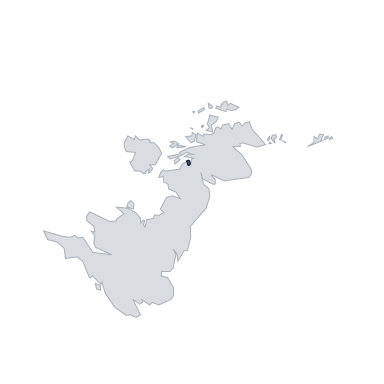 location of Inverclyde within United Kingdom, rotated 59°
{"feature_id": "GBR-2005", "entity_name": "Inverclyde", "entity_type": "Unitary District", "adm_level": 1, "iso_a3": "GBR", "parent_name": "United Kingdom", "parent_adm1": "", "projection": "albers", "projection_center": [-4.735, 55.9], "detail": "fine", "context": "in_parent", "style": "filled", "palette": "slate", "viewbox_px": 384, "rotation_deg": 59, "n_neighbors": 0, "source": "natural_earth", "source_scale": "10m", "svg_char_len": 4186}
<svg xmlns="http://www.w3.org/2000/svg" viewBox="0 0 384 384"><g transform="rotate(59 192 192)"><path d="M204.4,293.1L189.9,303.1L185.3,302.6L179.6,297.8L173.7,298.5L176.2,296.0L171.1,293.8L162.3,296.9L158.5,294.7L156.2,289.9L175.0,277.7L177.8,271.8L176.1,270.0L175.7,261.6L166.0,264.6L172.9,255.3L181.1,250.8L188.3,249.6L192.1,251.9L190.9,248.2L192.5,247.3L195.0,250.5L197.8,250.3L192.5,244.9L194.6,238.8L192.5,235.8L194.8,232.6L195.2,226.6L190.4,228.1L183.4,216.3L185.3,210.5L191.9,205.4L183.8,205.8L177.5,210.4L172.8,208.6L168.6,211.1L163.9,208.7L162.4,213.0L158.9,208.4L158.3,204.8L160.1,204.8L166.1,190.7L162.8,185.3L163.8,179.0L167.5,178.7L163.5,175.6L164.2,172.7L157.8,180.1L157.7,175.2L161.2,170.6L155.2,176.5L155.1,183.3L152.4,193.7L149.1,194.4L153.3,182.4L151.5,182.1L153.0,170.1L158.4,156.2L151.3,162.3L144.1,157.1L150.2,153.5L148.3,152.1L152.4,146.7L152.9,143.1L149.5,139.1L149.4,136.6L152.7,134.5L150.4,131.2L152.4,125.3L159.0,125.4L155.3,120.2L156.5,115.6L161.2,115.0L160.1,111.6L161.1,106.6L169.5,108.1L189.2,104.5L187.1,113.1L176.0,123.2L175.4,126.2L178.0,127.1L174.0,133.7L186.3,129.9L204.2,129.6L207.3,131.9L208.8,135.7L198.9,159.0L186.8,166.8L193.3,165.8L196.9,167.8L196.6,169.6L186.2,176.1L179.7,174.3L191.1,178.0L197.9,175.8L205.0,179.0L212.9,187.8L220.7,211.2L229.9,216.2L239.9,226.1L238.2,228.9L244.1,239.8L237.6,236.8L231.3,237.5L237.3,238.0L247.2,247.1L248.9,251.8L244.3,259.2L248.4,261.5L252.7,256.9L264.5,257.1L271.3,261.2L273.2,265.8L271.8,278.5L266.1,283.1L267.1,286.5L258.6,290.4L261.1,291.3L261.3,294.5L253.5,298.0L270.7,299.4L270.8,304.4L265.1,308.6L263.9,312.0L251.1,317.5L233.9,318.5L222.8,315.5L224.3,317.5L212.3,320.6L213.6,323.3L212.3,324.0L195.4,321.4L188.4,323.9L183.8,334.7L174.7,330.6L165.3,333.5L158.4,340.3L148.9,339.2L162.4,326.8L167.8,320.2L168.9,314.7L172.8,313.3L174.6,308.9L192.7,308.1L204.4,293.1ZM144.5,230.3L134.3,229.9L134.5,227.0L128.9,220.1L123.5,227.5L119.0,227.0L115.1,224.9L110.8,218.1L117.2,214.5L114.8,211.6L120.6,209.9L123.6,202.9L126.2,201.2L128.0,202.5L130.5,198.9L138.0,197.5L143.4,198.3L149.7,209.4L147.0,214.2L151.7,213.6L153.5,218.1L153.2,219.7L150.3,216.7L150.5,221.3L152.0,221.6L151.2,224.3L147.7,225.3L144.5,230.3ZM144.1,112.0L142.2,116.7L138.8,119.3L140.6,121.3L132.6,128.5L130.8,126.7L134.3,123.8L131.4,121.5L132.5,120.3L131.0,119.0L132.0,115.5L136.4,116.6L135.7,113.5L143.6,108.2L144.1,112.0ZM144.4,135.5L144.4,140.8L151.3,143.3L146.5,148.2L145.9,143.9L141.6,143.8L135.3,137.0L141.4,131.0L144.4,135.5ZM210.7,49.6L213.8,54.7L215.2,53.9L212.6,69.5L212.3,62.0L207.1,58.7L211.0,57.2L208.1,52.9L210.7,49.6ZM149.3,167.5L141.2,168.7L143.9,163.4L141.2,161.1L144.6,159.1L149.6,163.5L149.3,167.5ZM172.1,247.9L176.4,250.9L171.1,255.6L168.2,252.2L167.9,248.7L172.1,247.9ZM143.8,178.7L144.2,186.2L140.9,187.5L141.0,182.8L138.0,185.0L139.3,180.7L143.8,178.7ZM188.9,91.8L188.7,94.4L193.1,95.6L187.4,96.7L184.7,94.1L186.1,90.6L188.9,91.8ZM159.4,192.1L155.9,191.2L155.3,186.1L158.2,185.5L159.4,192.1ZM229.2,320.8L226.1,323.8L220.5,321.9L224.7,318.8L229.2,320.8ZM146.1,182.0L144.6,179.8L150.0,173.7L148.9,176.8L146.1,182.0ZM128.9,130.2L130.5,131.8L129.1,134.3L124.3,132.3L128.9,130.2ZM127.7,145.8L125.8,145.3L125.6,138.4L127.7,138.7L127.7,145.8ZM215.2,52.0L213.4,49.6L214.2,46.4L215.6,47.3L215.2,52.0ZM193.4,89.2L192.2,90.0L188.8,85.6L189.8,85.0L193.4,89.2ZM187.5,100.2L185.9,100.5L184.2,97.1L185.9,97.1L187.5,100.2ZM218.4,43.7L217.9,47.2L216.6,46.9L216.5,43.8L218.4,43.7ZM197.6,86.8L194.3,88.0L197.8,86.1L197.6,86.8ZM142.1,150.3L141.1,150.6L139.8,148.8L141.5,147.9L142.1,150.3ZM191.3,99.1L190.3,101.1L189.4,99.3L191.3,99.1ZM138.1,159.5L136.0,160.3L138.8,158.4L138.1,159.5ZM125.1,149.8L123.7,150.1L123.2,149.5L124.6,148.3L125.1,149.8Z" fill="#d9dde1" stroke="#a8b0b8" stroke-width="1"/><path d="M162.8,180.7L162.8,180.0L162.9,179.2L163.1,178.8L163.4,178.5L163.9,178.3L164.2,178.2L164.4,178.2L165.4,178.7L165.6,178.7L165.8,178.6L166.1,178.9L166.8,179.0L167.0,179.4L167.2,179.8L167.4,180.3L167.5,180.8L167.4,181.1L167.1,181.4L166.8,181.4L166.5,181.4L166.1,181.3L165.6,181.3L165.3,181.2L165.0,181.0L164.9,181.0L164.6,180.6L164.2,180.6L163.4,180.6L162.8,180.7L162.8,180.7Z" fill="#64748b" stroke="#1e293b" stroke-width="1.5"/></g></svg>